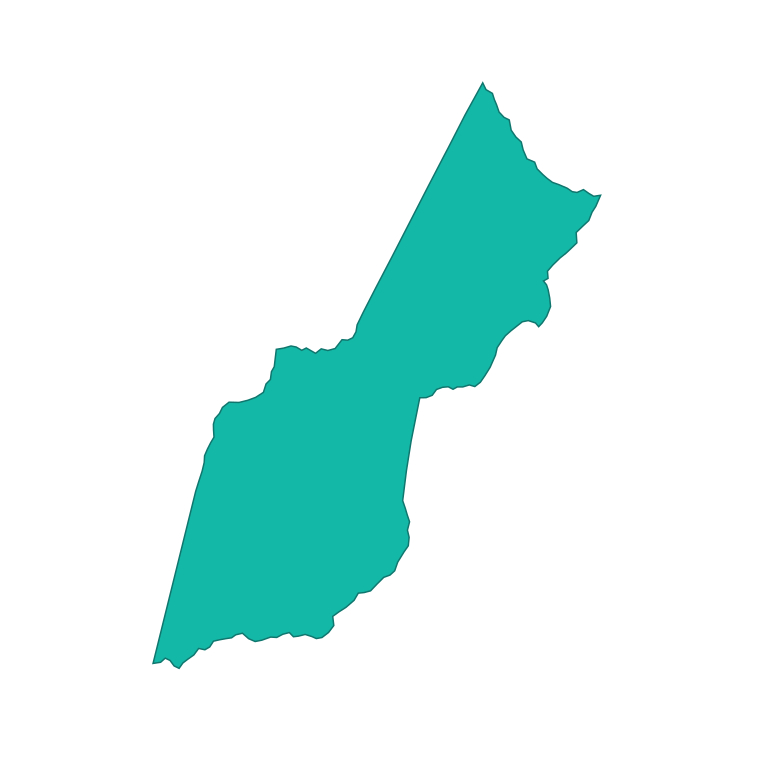 the district of Álvares Machado, São Paulo, Brazil, rotated 9°
{"feature_id": "56859067B93590502051313", "entity_name": "Álvares Machado", "entity_type": "district", "adm_level": 2, "iso_a3": "BRA", "parent_name": "Brazil", "parent_adm1": "São Paulo", "projection": "robinson", "projection_center": [-51.501, -22.119], "detail": "fine", "context": "isolated", "style": "filled", "palette": "teal", "viewbox_px": 768, "rotation_deg": 9, "n_neighbors": 0, "source": "geoboundaries", "source_scale": "gbopen_adm2", "svg_char_len": 2226}
<svg xmlns="http://www.w3.org/2000/svg" viewBox="0 0 768 768"><g transform="rotate(9 384 384)"><path d="M445.6,80.0L438.7,77.3L434.4,71.1L422.0,105.5L410.3,141.3L407.5,149.5L397.2,180.4L371.9,257.4L360.7,290.7L352.2,316.6L348.2,329.8L348.2,336.8L345.9,343.2L341.3,346.4L335.6,346.8L330.2,356.6L323.3,359.7L316.5,359.1L311.6,364.4L301.6,360.6L297.5,363.6L291.5,361.2L286.2,361.0L279.4,364.2L272.2,366.6L272.9,384.1L270.9,389.4L271.1,397.3L267.5,402.4L266.2,411.1L259.3,417.3L252.0,421.4L243.7,424.9L233.8,426.2L228.1,432.4L226.1,438.9L222.5,444.5L221.8,450.4L222.8,455.9L224.4,463.1L222.0,469.1L219.8,475.9L218.0,482.9L218.7,489.7L218.0,498.6L216.2,509.9L214.8,519.4L199.6,696.1L206.9,693.8L210.8,689.0L215.9,690.5L220.8,695.3L226.1,696.9L229.0,691.0L233.1,686.7L238.6,681.3L242.3,674.2L248.7,674.5L253.0,671.0L255.8,664.7L261.5,662.4L267.8,660.2L273.2,658.5L276.8,654.9L283.2,652.3L290.1,656.7L297.0,658.5L303.3,656.2L311.6,651.7L317.7,651.1L323.2,647.0L329.4,644.3L334.1,647.8L339.0,646.4L345.3,643.7L352.1,644.7L357.0,646.0L362.4,644.1L368.1,638.1L372.2,630.4L369.7,621.5L375.0,616.2L381.4,610.5L388.3,602.3L391.3,594.6L397.0,593.1L403.1,590.4L408.1,583.1L414.0,575.0L419.8,571.8L423.8,566.8L425.4,557.8L430.0,546.8L433.3,540.0L432.8,531.5L430.0,524.7L430.8,516.1L427.5,509.8L424.6,503.7L420.7,496.3L419.7,466.1L419.7,452.8L419.7,445.7L419.7,436.1L421.5,392.0L427.7,390.9L433.4,387.6L436.7,381.2L442.3,378.1L447.9,376.7L453.0,378.4L456.9,375.4L462.2,374.6L468.4,371.6L474.1,372.3L478.9,367.2L482.3,360.1L486.2,350.9L488.0,344.1L489.6,338.1L490.1,330.4L493.7,322.5L496.3,317.4L500.6,312.1L506.0,306.2L510.9,300.9L516.6,298.8L524.1,300.0L527.8,303.2L530.8,298.8L534.1,291.7L536.4,281.4L534.2,273.1L531.4,265.3L529.0,260.6L525.4,257.3L529.5,254.0L527.8,247.0L532.1,240.1L538.2,231.9L543.4,226.2L547.5,220.9L552.4,214.4L550.1,204.3L555.4,197.3L560.7,190.5L562.6,181.8L565.4,175.4L568.4,163.7L561.8,165.8L556.7,163.8L550.6,160.8L544.7,164.6L539.8,164.6L534.4,162.0L525.4,159.7L518.8,158.5L512.9,155.4L508.1,152.3L501.6,147.6L498.1,141.3L490.0,139.3L484.8,131.0L481.7,123.5L475.6,119.4L469.9,113.4L466.4,103.6L460.9,101.9L455.1,97.4L451.5,90.6L448.5,85.8L445.6,80.0Z" fill="#14b8a6" stroke="#0f766e" stroke-width="1.5"/></g></svg>